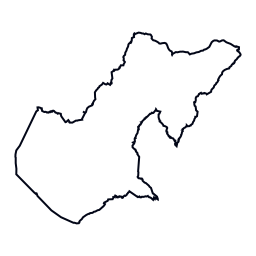 Ahualulco de Mercado, Jalisco, Mexico (Robinson projection)
{"feature_id": "50627088B69009115313413", "entity_name": "Ahualulco de Mercado", "entity_type": "district", "adm_level": 2, "iso_a3": "MEX", "parent_name": "Mexico", "parent_adm1": "Jalisco", "projection": "robinson", "projection_center": [-103.9, 20.71], "detail": "fine", "context": "isolated", "style": "outline", "palette": "ink", "viewbox_px": 256, "rotation_deg": 0, "n_neighbors": 0, "source": "geoboundaries", "source_scale": "gbopen_adm2", "svg_char_len": 5843}
<svg xmlns="http://www.w3.org/2000/svg" viewBox="0 0 256 256"><path d="M239.0,47.2L236.2,46.3L235.9,46.9L234.5,46.4L230.6,43.9L226.4,42.3L223.7,40.3L222.1,40.4L220.1,41.4L219.1,41.6L217.0,40.5L214.6,40.4L213.4,40.8L211.7,42.2L209.3,46.9L206.8,48.7L205.4,49.4L204.2,49.6L203.0,50.6L201.1,50.8L198.8,52.0L196.3,52.4L194.1,53.3L191.4,53.7L189.8,54.4L188.0,52.3L187.6,52.2L185.9,52.2L183.1,51.6L179.9,51.7L177.5,52.3L175.8,52.1L173.3,53.5L172.6,54.0L172.1,54.9L172.0,54.7L172.2,53.4L171.7,51.5L169.8,50.5L168.9,49.4L168.1,48.0L167.1,45.1L166.6,44.4L166.3,43.6L164.8,42.9L162.1,43.2L160.7,43.6L159.3,43.5L158.5,42.6L156.7,41.5L155.1,40.7L153.1,40.2L151.6,38.5L151.9,36.7L150.8,34.8L150.4,34.5L147.7,34.3L145.8,33.5L144.6,34.2L143.4,33.5L141.8,33.4L140.7,32.9L138.6,32.6L135.1,34.0L134.4,33.4L133.9,34.1L133.8,34.7L133.8,35.4L134.1,35.8L133.8,36.3L134.0,37.1L131.9,38.0L131.7,40.9L130.9,41.6L131.2,42.2L130.7,43.0L130.0,42.8L128.9,43.7L128.4,44.6L128.1,46.5L126.9,48.9L126.5,50.5L125.3,52.6L125.1,54.8L123.8,56.0L123.3,57.1L123.7,57.9L123.8,59.3L123.5,60.2L124.9,62.0L123.7,64.1L123.4,65.3L120.8,65.3L120.1,67.0L119.5,67.2L119.3,67.6L119.5,68.3L118.5,69.1L117.7,69.6L115.2,69.7L114.3,70.6L113.9,70.0L113.1,71.2L111.6,72.2L112.4,78.5L111.5,79.9L111.2,82.0L111.9,83.4L112.3,83.7L110.8,83.3L110.8,83.8L110.1,84.9L107.6,83.3L106.9,84.2L106.3,84.5L105.2,84.2L103.1,82.9L101.9,84.6L99.5,86.2L99.1,87.3L98.1,87.9L97.6,88.9L96.2,90.3L94.9,92.3L95.1,97.4L95.4,99.2L94.0,100.8L93.0,102.8L93.0,103.5L92.6,103.5L92.2,104.0L92.1,104.7L92.4,105.0L92.2,105.3L88.9,106.7L87.3,108.1L86.6,109.7L86.0,112.0L85.3,112.9L83.0,111.5L85.1,113.0L82.0,119.0L82.2,119.7L78.1,120.3L77.5,120.6L75.9,120.6L72.4,122.6L69.7,122.6L69.3,122.3L69.4,121.6L68.3,120.1L65.8,122.3L65.9,122.8L61.3,116.3L60.9,114.8L60.8,113.8L58.5,113.2L58.1,113.6L57.6,113.7L56.8,112.8L55.5,112.6L54.2,111.1L53.4,110.7L52.6,110.8L52.3,111.7L51.5,111.8L51.0,111.2L50.4,111.4L50.1,112.1L49.4,111.9L48.7,112.6L48.0,112.3L47.1,112.6L46.7,112.2L45.4,111.8L44.3,112.0L42.1,110.9L41.8,108.7L41.4,108.9L40.9,108.0L38.6,107.3L37.5,107.4L37.9,110.3L36.3,111.4L19.8,145.7L16.3,150.4L15.5,154.3L15.4,157.0L15.7,157.5L15.7,163.1L16.4,168.8L16.3,174.3L34.1,192.4L35.9,193.9L36.3,193.3L36.6,193.4L37.5,196.0L51.4,210.4L61.0,217.2L73.5,222.8L74.3,222.7L76.7,223.4L78.8,223.2L79.4,222.5L79.3,221.7L79.9,220.8L81.9,219.0L83.0,217.3L86.4,214.9L88.6,213.8L89.4,213.8L90.1,213.1L92.6,212.8L93.8,211.8L95.4,211.5L97.5,210.3L99.3,209.9L103.7,206.0L104.5,205.0L105.0,204.1L103.9,203.3L104.2,202.6L107.7,200.8L108.2,199.4L112.6,199.2L113.4,197.7L113.3,197.1L113.8,197.1L114.5,196.5L114.9,196.9L115.3,195.6L116.3,196.1L116.9,197.3L117.7,197.4L117.8,196.9L119.4,196.9L119.5,196.3L122.2,196.8L121.9,197.7L122.2,197.9L123.0,197.5L123.0,197.0L124.5,195.6L125.3,195.9L126.5,195.1L126.9,194.2L127.8,193.3L128.1,192.6L129.1,192.0L129.4,191.3L137.5,196.9L137.7,196.6L138.9,197.1L139.5,196.5L140.4,197.3L141.2,197.3L142.0,196.7L143.1,196.9L144.7,196.6L145.3,196.3L146.7,196.5L147.7,196.0L147.8,196.3L148.5,196.5L149.0,197.2L150.3,197.5L151.0,197.9L153.1,199.8L154.0,197.4L155.0,199.0L155.5,198.0L157.8,199.4L157.8,198.9L157.0,196.6L153.1,193.4L152.8,193.4L151.0,187.9L149.5,186.7L148.9,185.7L147.2,184.2L145.8,183.0L144.6,182.6L142.7,180.8L142.1,179.2L142.3,179.1L141.8,178.5L140.4,178.7L139.9,178.3L138.5,178.2L137.6,176.9L138.2,175.9L138.4,172.1L138.1,171.6L139.2,156.9L137.3,154.0L137.5,153.5L137.3,152.8L135.9,151.5L135.9,150.4L135.3,150.0L135.3,149.5L134.2,148.9L132.6,147.3L132.5,145.6L134.1,143.6L133.0,142.5L134.9,141.7L134.7,141.1L134.9,140.0L134.6,139.0L135.0,138.0L135.6,138.0L135.5,137.3L136.3,134.9L137.5,133.1L138.3,128.6L138.7,128.8L138.6,127.8L138.1,127.2L138.1,126.9L138.9,126.5L138.8,126.2L139.6,125.3L139.8,124.7L140.5,124.6L141.6,122.7L141.2,122.2L142.0,122.0L142.3,121.2L144.3,119.3L144.5,118.7L144.9,118.8L145.1,118.2L146.2,117.7L146.4,116.9L147.2,116.8L150.0,113.8L150.6,113.9L151.9,112.7L152.4,113.1L153.4,112.9L155.8,109.9L156.0,109.2L156.3,109.6L156.2,110.7L160.3,111.6L159.4,113.7L158.6,114.4L158.6,117.4L158.9,118.4L158.9,118.9L159.4,119.4L159.6,121.2L160.2,121.2L160.2,121.9L161.7,123.1L163.2,124.9L163.4,125.8L165.1,126.2L166.8,127.1L167.2,127.8L167.1,128.5L166.7,129.2L166.6,130.8L166.3,131.0L166.5,131.8L167.3,132.1L167.4,133.0L167.1,133.6L167.3,133.9L168.4,135.3L168.5,135.9L169.3,136.7L169.7,136.4L170.1,136.7L169.5,136.9L169.8,137.6L170.6,137.9L171.4,137.8L172.2,138.2L173.3,138.5L174.1,140.0L175.2,140.5L174.8,141.2L175.6,142.0L175.6,142.8L175.1,143.4L175.3,143.8L175.1,144.7L176.6,146.2L177.3,143.0L177.8,142.2L178.3,142.0L178.7,141.0L178.4,140.7L179.0,139.4L178.6,139.3L178.8,138.7L179.3,138.6L179.8,137.6L180.2,137.4L181.2,135.5L181.1,134.8L181.7,134.0L182.0,132.0L182.7,131.3L182.6,131.1L182.7,130.0L182.4,129.9L182.9,129.5L182.7,129.1L184.2,127.9L185.5,127.3L186.1,126.4L186.8,126.3L186.8,125.3L187.5,126.0L187.3,126.3L189.5,126.1L190.4,125.3L190.8,125.4L191.2,124.7L192.4,123.9L193.2,121.8L194.1,120.6L194.4,119.1L195.3,117.6L195.3,116.8L196.1,116.8L197.0,116.2L197.6,111.7L196.1,110.3L195.6,106.5L194.7,105.8L194.3,104.2L194.4,103.4L194.1,102.7L194.2,102.1L194.8,101.9L195.3,102.0L195.8,100.2L195.7,98.1L196.4,96.7L197.9,96.2L199.0,94.0L199.4,94.0L199.7,93.5L201.0,92.8L201.4,93.5L201.8,93.8L203.3,93.2L203.9,93.5L204.6,93.0L206.6,93.8L206.8,94.3L211.1,91.8L211.2,90.8L211.6,89.6L213.7,87.5L214.3,85.6L216.0,84.0L216.3,83.0L217.1,82.5L217.9,81.3L218.0,80.5L218.5,80.1L218.2,79.4L219.6,76.8L220.5,75.6L222.0,74.3L222.2,72.5L222.9,71.4L224.6,70.0L226.8,69.0L229.2,68.4L229.4,67.4L231.4,65.8L231.7,64.9L232.6,64.0L232.9,63.6L233.4,63.8L234.1,63.2L234.2,62.4L234.6,62.3L234.9,60.9L235.2,60.5L236.8,59.2L237.4,58.1L238.1,57.6L238.5,56.8L239.5,56.4L240.3,55.4L240.6,54.8L240.4,54.0L239.3,52.3L237.3,50.8L237.1,50.2L237.7,49.6L238.9,49.5L239.0,47.2Z" fill="none" stroke="#020617" stroke-width="2"/></svg>